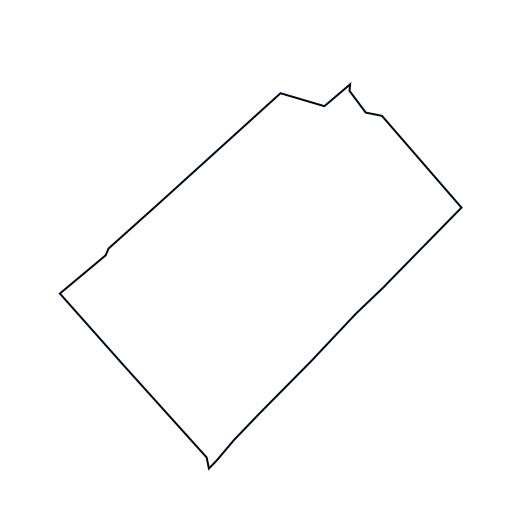 Macon, Tennessee, United States of America, rotated 131°
{"feature_id": "52423323B15880220310778", "entity_name": "Macon", "entity_type": "district", "adm_level": 2, "iso_a3": "USA", "parent_name": "United States of America", "parent_adm1": "Tennessee", "projection": "mercator", "projection_center": [-86.02, 36.526], "detail": "fine", "context": "isolated", "style": "outline", "palette": "ink", "viewbox_px": 512, "rotation_deg": 131, "n_neighbors": 0, "source": "geoboundaries", "source_scale": "gbopen_adm2", "svg_char_len": 493}
<svg xmlns="http://www.w3.org/2000/svg" viewBox="0 0 512 512"><g transform="rotate(131 256 256)"><path d="M84.7,132.6L67.6,252.9L75.8,267.3L70.0,293.8L64.7,297.6L98.1,302.7L117.1,344.3L281.8,364.0L347.0,372.2L354.1,369.9L413.0,379.4L425.3,284.6L440.4,161.1L447.3,152.1L447.2,152.1L436.1,151.5L409.4,151.9L373.1,150.1L298.2,145.3L284.4,144.8L234.9,142.8L234.6,142.8L230.0,142.4L193.3,139.0L192.1,139.1L91.6,133.1L85.2,132.7L84.7,132.6Z" fill="none" stroke="#020617" stroke-width="2"/></g></svg>